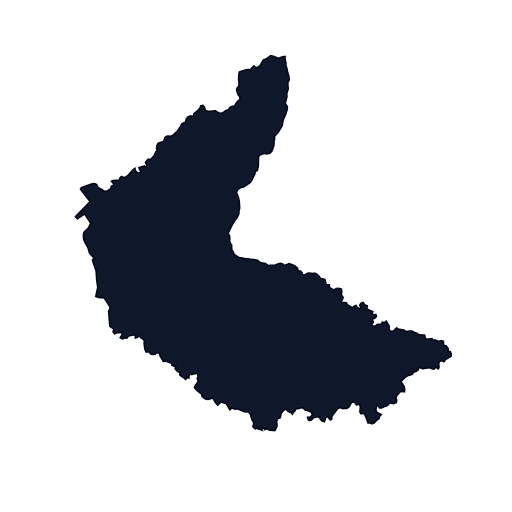 outline of Laguna Carapã, Mato Grosso do Sul, Brazil, rotated 346°
{"feature_id": "56859067B87570138131055", "entity_name": "Laguna Carapã", "entity_type": "district", "adm_level": 2, "iso_a3": "BRA", "parent_name": "Brazil", "parent_adm1": "Mato Grosso do Sul", "projection": "mercator", "projection_center": [-55.09, -22.652], "detail": "fine", "context": "isolated", "style": "filled", "palette": "ink", "viewbox_px": 512, "rotation_deg": 346, "n_neighbors": 0, "source": "geoboundaries", "source_scale": "gbopen_adm2", "svg_char_len": 6110}
<svg xmlns="http://www.w3.org/2000/svg" viewBox="0 0 512 512"><g transform="rotate(346 256 256)"><path d="M421.7,398.0L421.5,395.8L419.5,395.2L420.1,392.0L418.7,389.1L417.0,388.6L416.7,386.6L417.3,384.1L415.4,383.0L412.2,382.9L409.7,380.8L407.4,380.6L406.8,378.7L402.3,378.2L400.4,377.0L400.5,373.5L394.9,371.8L393.7,370.0L391.4,368.6L389.3,366.6L387.0,365.9L383.6,365.7L381.5,363.5L376.5,361.4L375.1,359.7L370.9,362.2L368.1,361.4L367.5,358.9L368.3,356.1L366.6,350.6L364.4,351.7L362.5,350.6L361.6,352.5L356.9,351.7L355.0,352.8L352.8,352.5L351.5,350.3L353.9,348.8L353.5,345.5L356.3,345.1L358.3,343.8L358.2,341.7L356.5,341.4L354.3,340.4L355.9,338.3L353.0,336.0L350.7,333.8L352.0,331.3L349.6,329.6L348.8,326.9L346.2,327.3L344.6,328.9L345.4,331.4L343.4,332.2L341.8,330.3L341.2,328.1L339.1,328.4L337.0,329.5L332.7,325.2L332.5,323.3L330.1,322.3L328.0,322.5L328.1,320.6L330.6,317.4L329.4,314.1L330.4,312.1L331.0,308.8L328.6,307.4L325.9,306.9L323.6,307.9L319.8,304.5L320.2,301.8L317.0,300.8L317.4,298.3L317.2,295.4L313.1,293.2L312.3,290.9L310.9,288.6L309.0,286.9L306.2,286.5L304.3,285.6L302.0,285.1L298.4,286.2L296.6,285.3L296.6,283.1L295.5,281.3L293.4,280.9L293.4,278.1L291.5,275.1L288.4,272.7L286.1,271.3L284.3,271.8L280.7,271.8L280.0,270.1L277.6,268.9L274.9,269.0L272.0,269.5L267.7,268.4L265.9,268.4L263.1,265.4L260.4,264.3L258.0,262.9L256.6,260.5L252.5,258.7L249.7,257.9L248.0,256.8L244.4,255.8L241.7,254.3L239.5,253.7L235.3,249.3L235.0,246.9L234.1,244.3L234.4,242.1L235.1,239.5L234.3,237.7L234.1,234.6L235.0,232.4L235.2,230.0L234.5,227.2L240.6,219.9L244.6,215.9L246.7,214.6L249.7,210.8L250.5,207.8L251.8,205.6L253.0,199.2L253.2,194.2L252.4,189.7L254.1,187.3L258.1,185.8L260.2,186.2L267.9,183.5L270.0,181.8L274.8,176.1L275.7,173.9L278.0,173.4L280.0,169.4L282.6,160.1L284.4,159.0L286.7,158.6L288.6,158.7L291.6,159.6L294.7,159.6L297.0,157.9L299.9,153.5L300.7,151.5L301.2,149.1L302.3,147.3L302.8,144.6L307.6,141.2L313.1,135.8L314.0,133.3L315.5,130.3L319.1,125.8L321.8,121.3L322.6,118.7L321.7,116.1L321.5,114.2L322.8,112.4L324.8,108.4L325.0,106.4L325.8,104.7L327.7,101.8L328.8,95.4L330.7,93.5L331.4,90.1L331.2,84.5L331.4,81.5L331.1,78.1L331.8,76.2L331.9,71.4L332.6,69.5L330.1,69.0L325.6,69.6L321.3,66.4L318.7,65.1L313.8,67.1L310.5,67.6L305.8,72.3L303.2,73.3L301.3,73.1L300.0,71.0L297.3,72.5L295.6,74.0L294.1,73.2L291.3,72.9L284.4,73.3L283.1,75.9L281.8,80.4L281.3,84.1L280.5,86.9L278.6,88.1L277.5,89.5L277.3,91.6L277.6,95.3L278.8,97.4L278.2,100.5L276.1,101.1L273.6,103.0L271.4,105.2L268.7,105.0L266.7,105.4L264.5,107.4L261.7,107.6L258.5,109.0L255.7,108.9L253.3,107.0L251.8,105.2L246.6,104.5L244.3,103.9L242.3,102.6L242.0,99.1L240.9,96.9L238.8,96.9L237.3,98.9L235.0,100.5L230.2,102.8L228.9,105.3L226.2,104.1L223.2,104.7L221.3,106.3L220.0,109.2L217.9,109.3L215.8,109.9L214.3,111.7L210.4,115.4L205.7,118.1L203.2,119.1L201.4,118.9L199.0,118.1L196.3,118.9L195.3,120.8L193.7,122.7L190.7,122.6L188.1,123.0L186.3,125.2L185.5,127.4L185.6,129.7L184.0,130.6L181.1,134.2L176.8,136.9L174.9,135.9L173.2,136.9L171.4,138.4L172.0,141.7L170.9,143.7L169.6,141.6L163.7,141.9L164.5,147.1L161.9,147.0L160.5,145.7L159.6,143.7L159.8,141.6L157.5,142.5L151.2,146.9L147.0,148.1L144.6,146.2L142.6,147.5L141.7,149.4L135.7,148.1L133.8,148.5L134.9,150.6L135.4,153.0L132.7,153.1L131.2,155.5L126.9,157.1L124.2,156.2L122.5,153.9L120.8,152.8L119.5,151.3L118.7,148.1L116.7,146.5L113.6,146.3L103.1,147.4L101.8,148.7L108.1,163.1L90.3,174.1L91.6,176.7L99.9,173.8L103.5,184.3L100.2,188.1L98.1,189.5L95.7,190.7L94.1,192.3L93.1,195.8L92.8,198.4L93.4,202.1L94.4,205.1L95.0,208.2L95.1,212.8L98.4,219.2L96.2,220.3L97.2,232.0L95.6,240.6L94.8,248.2L90.7,256.5L94.0,258.6L98.4,259.8L102.0,270.1L101.1,272.4L99.6,273.9L97.1,288.8L100.4,292.6L98.9,295.0L99.8,297.4L102.5,296.9L107.8,298.0L106.7,300.3L104.4,302.4L106.5,304.3L109.1,303.7L110.6,304.6L113.0,302.8L118.1,303.0L119.7,303.9L119.0,306.4L120.8,306.4L123.5,305.3L124.5,307.6L126.0,308.9L127.2,311.5L126.4,313.1L125.9,316.2L125.6,319.9L126.1,322.6L129.1,323.2L130.1,325.7L132.1,326.6L134.3,327.0L136.1,325.9L138.6,326.9L138.7,329.6L140.6,336.0L143.2,336.3L148.0,339.7L148.0,341.7L149.6,343.1L151.7,343.1L150.2,345.7L151.2,348.0L152.4,349.7L154.1,350.6L153.2,352.8L154.6,354.9L156.6,356.8L157.8,358.8L159.8,357.3L161.4,358.3L161.8,356.5L163.0,354.8L165.2,355.5L168.1,355.4L170.6,355.7L170.7,358.9L169.2,360.8L169.7,363.3L167.9,365.2L165.9,366.7L164.4,368.7L165.7,371.5L168.0,374.7L170.0,377.0L169.6,379.1L171.0,381.2L172.8,382.9L174.8,383.6L177.4,383.6L179.6,383.0L181.1,388.3L182.7,391.5L184.7,390.3L187.0,389.3L191.5,392.3L193.4,398.9L195.8,397.7L198.3,399.4L201.4,400.1L207.1,404.4L210.5,405.4L212.1,407.7L212.5,414.1L213.4,416.5L212.9,418.7L211.6,420.7L213.4,423.6L215.1,423.5L219.9,426.6L219.6,424.6L221.6,424.8L222.6,426.7L224.8,426.3L226.9,428.3L232.1,430.0L235.0,426.7L235.6,424.9L236.0,421.4L237.8,419.1L240.5,418.8L242.3,414.8L244.5,413.1L246.4,412.2L248.3,412.0L249.4,414.5L252.2,416.7L253.0,418.3L254.2,417.0L255.9,416.1L258.0,413.9L260.4,414.4L263.4,414.2L265.2,415.3L266.6,417.6L268.5,418.4L272.0,421.2L272.1,423.8L269.5,425.4L266.9,424.9L267.1,427.7L268.5,428.8L270.6,428.3L272.7,426.8L275.1,427.0L276.8,426.7L278.4,428.1L279.2,430.6L280.2,432.2L282.3,433.4L284.6,429.8L286.4,428.8L288.4,433.1L290.1,432.6L290.6,430.4L291.9,429.0L298.4,423.9L301.0,423.5L303.1,425.1L307.5,425.9L309.2,425.2L310.7,424.1L312.3,422.1L313.9,421.2L316.2,421.4L317.4,424.9L320.3,424.8L320.8,427.5L319.1,432.1L319.4,434.4L322.4,434.8L323.3,436.8L324.1,442.9L324.2,445.1L326.0,445.5L327.9,446.9L330.3,446.6L333.5,444.6L336.1,443.5L337.3,441.4L339.2,440.2L335.6,437.0L335.0,434.4L336.4,431.5L338.3,430.3L338.9,433.2L341.1,433.9L344.2,433.2L347.2,432.9L350.7,431.0L353.2,432.5L356.7,432.2L357.7,429.8L357.4,427.5L358.7,425.7L363.1,422.6L365.7,423.1L367.3,423.7L368.1,421.2L368.2,418.4L366.3,412.9L371.6,409.7L374.1,408.9L378.8,408.7L380.9,406.8L383.3,406.8L385.9,405.7L387.1,403.4L390.7,405.9L393.1,405.9L397.5,406.5L399.7,408.2L401.5,408.9L403.6,407.5L405.6,409.7L406.7,408.3L407.4,404.1L408.7,402.9L410.7,402.4L412.8,404.1L414.8,402.4L421.2,400.4L421.7,398.0Z" fill="#0f172a" stroke="#020617" stroke-width="1.5"/></g></svg>